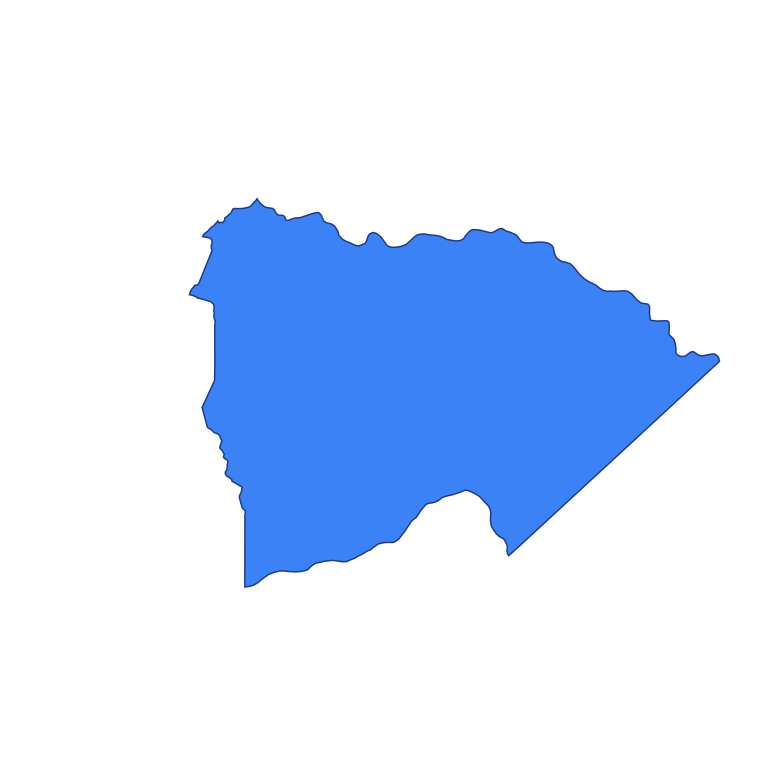 outline of Remanso, Bahia, Brazil, rotated 42°
{"feature_id": "56859067B23301273504711", "entity_name": "Remanso", "entity_type": "district", "adm_level": 2, "iso_a3": "BRA", "parent_name": "Brazil", "parent_adm1": "Bahia", "projection": "robinson", "projection_center": [-42.307, -9.633], "detail": "fine", "context": "isolated", "style": "filled", "palette": "blue", "viewbox_px": 768, "rotation_deg": 42, "n_neighbors": 0, "source": "geoboundaries", "source_scale": "gbopen_adm2", "svg_char_len": 4802}
<svg xmlns="http://www.w3.org/2000/svg" viewBox="0 0 768 768"><g transform="rotate(42 384 384)"><path d="M416.6,168.8L414.2,168.9L412.2,169.4L410.1,170.3L407.2,172.3L404.3,174.7L399.2,180.2L397.6,181.9L393.8,185.2L391.0,186.2L385.6,185.3L384.0,184.9L381.8,185.0L377.3,186.4L372.1,188.7L369.6,189.1L367.7,189.4L365.7,192.0L363.8,197.6L362.7,199.6L360.6,201.1L352.8,205.2L349.6,207.4L346.8,209.8L345.8,211.4L345.3,214.8L345.4,219.7L346.0,222.9L344.4,226.9L341.4,229.8L334.4,234.3L328.1,236.1L323.1,238.9L316.8,243.6L315.0,244.5L312.4,246.5L310.1,249.2L309.1,250.7L308.2,253.8L307.2,265.2L306.4,267.0L304.5,270.4L303.3,272.1L300.5,275.3L298.6,276.9L296.2,278.4L293.8,279.0L284.1,276.9L280.9,276.9L277.7,277.1L274.5,278.7L273.1,281.7L273.1,283.6L273.7,285.9L275.5,289.9L275.9,292.3L274.5,294.8L273.4,297.5L272.0,299.1L268.1,300.8L264.5,301.7L260.3,303.4L258.6,303.7L256.3,304.2L253.3,304.0L250.7,303.6L247.2,301.2L241.7,299.7L238.6,300.0L235.6,301.4L233.6,302.6L230.2,303.3L224.4,300.5L221.4,300.3L219.8,301.0L218.2,303.1L216.5,305.6L212.4,312.9L210.4,316.5L206.4,320.7L204.1,324.9L203.5,326.5L201.8,327.8L197.9,326.1L196.0,326.4L192.3,329.3L188.7,329.1L185.8,327.9L183.9,328.0L177.7,332.0L174.1,332.4L170.9,332.5L165.7,331.3L166.0,333.6L165.8,335.9L165.8,338.1L166.0,340.4L165.3,342.9L163.8,345.1L162.3,347.1L160.7,348.9L159.4,350.2L157.8,351.7L155.8,353.2L154.6,355.1L155.3,357.4L155.9,359.4L155.4,362.3L155.2,364.6L154.6,367.1L156.0,369.2L156.2,372.0L154.5,373.1L153.4,374.6L151.5,374.0L151.5,376.3L151.5,378.1L151.7,380.3L150.8,382.6L150.7,385.8L150.8,388.4L150.1,391.2L150.0,393.7L150.6,395.9L152.9,394.4L155.3,393.0L157.0,391.9L159.3,392.1L161.3,393.4L162.5,395.4L163.3,397.3L164.7,398.4L167.0,400.0L179.0,432.8L179.1,435.6L177.3,437.1L177.6,439.3L177.6,441.9L178.2,444.8L179.7,447.8L181.6,446.7L183.5,445.7L185.1,445.4L186.8,444.7L188.3,444.8L190.2,443.4L192.3,442.7L193.8,441.6L196.3,440.7L198.4,439.5L199.9,438.9L201.7,438.7L203.5,438.6L205.1,439.5L206.8,441.1L208.5,443.5L210.8,445.3L212.4,447.7L214.4,449.1L216.1,450.1L217.7,451.6L218.9,453.5L245.8,483.3L255.7,494.7L256.5,497.4L264.6,523.2L281.7,534.3L283.8,534.1L286.4,533.5L288.6,533.7L290.5,533.7L292.3,532.9L294.2,532.1L297.2,532.7L299.4,534.0L301.5,534.6L302.9,538.0L304.0,540.5L305.6,541.7L308.5,541.7L310.5,542.6L312.2,542.8L312.9,544.4L313.7,545.9L315.7,546.0L318.1,545.3L320.1,546.3L321.5,548.9L323.6,551.2L324.7,553.2L325.0,555.7L326.7,557.2L328.8,557.7L330.9,557.0L332.7,557.0L334.5,556.8L336.2,558.0L347.6,555.5L349.0,557.8L350.1,559.6L350.8,561.7L351.5,564.0L353.3,565.8L355.4,566.9L356.6,568.0L358.9,569.2L360.6,570.4L362.5,571.1L364.5,570.8L366.3,571.6L367.6,573.3L368.8,575.1L370.8,577.2L416.4,628.0L418.3,625.8L419.5,624.2L420.9,622.0L421.8,620.5L423.2,615.9L423.8,611.4L424.7,607.0L425.2,604.9L425.6,602.9L428.1,598.0L431.0,593.4L432.6,591.8L435.2,589.5L437.3,588.1L440.4,585.7L444.0,582.8L445.7,581.0L448.4,578.1L451.2,573.9L451.6,572.0L451.7,569.9L452.2,566.2L453.1,563.1L454.3,561.2L456.9,557.9L458.2,555.7L463.9,549.4L468.2,546.4L471.9,544.0L474.7,541.4L475.6,539.7L476.8,537.0L477.9,534.9L479.0,532.5L480.0,529.1L481.6,525.3L482.3,523.1L483.3,519.6L485.0,516.0L485.2,513.5L485.9,510.6L486.4,508.0L487.6,505.3L491.0,500.9L493.1,499.0L495.3,497.0L496.9,495.5L497.7,493.9L498.2,491.8L498.7,489.2L498.6,487.4L498.4,484.7L498.0,479.2L497.6,476.8L497.2,474.3L496.8,471.8L496.3,468.4L496.4,465.7L497.2,461.6L496.7,457.5L496.0,453.6L495.9,450.1L495.8,448.1L495.8,445.4L496.9,442.8L499.4,440.0L500.5,438.4L501.9,435.6L502.9,431.8L503.1,429.6L504.4,427.3L505.8,424.9L507.4,422.7L508.7,420.9L512.2,415.0L513.7,412.0L515.1,409.0L517.0,407.1L519.2,406.4L524.3,404.8L528.3,404.0L530.3,403.7L533.5,403.9L537.1,404.3L539.7,404.5L543.4,404.8L546.8,406.1L549.8,408.5L551.3,410.4L552.8,412.4L555.4,415.1L559.1,417.8L562.0,418.9L568.0,420.2L571.8,420.2L576.0,419.1L577.7,419.3L580.8,420.3L583.9,421.8L585.8,424.0L587.1,425.8L589.4,427.5L591.6,428.1L593.2,412.1L594.5,398.1L607.2,261.9L611.4,216.3L615.7,169.1L618.0,144.4L618.0,142.5L615.3,140.7L612.5,140.0L609.5,140.6L608.2,141.7L604.9,145.8L601.6,150.5L598.8,151.9L592.6,152.9L591.0,154.2L590.3,156.1L589.4,160.9L588.2,163.0L585.9,165.0L583.7,165.8L581.8,166.0L580.1,165.4L578.6,164.0L577.6,162.6L573.2,158.9L569.1,156.7L567.1,156.7L563.4,156.7L561.9,155.8L557.5,150.3L554.3,147.4L552.4,147.4L550.9,148.6L545.1,154.2L541.1,157.3L539.3,158.2L534.4,154.3L530.5,149.7L529.1,148.6L526.7,148.1L520.9,151.8L515.7,152.2L510.9,151.6L507.8,151.3L503.9,151.8L501.7,152.9L500.2,154.0L494.9,159.3L492.1,162.0L489.6,163.8L487.8,165.9L484.9,167.5L480.6,168.5L475.9,168.7L473.5,169.3L466.4,171.2L462.3,171.8L456.3,171.7L446.1,170.1L442.0,170.0L438.6,171.4L434.0,174.0L431.1,174.6L427.4,174.7L424.6,173.6L420.0,170.6L418.7,169.4L416.6,168.8Z" fill="#3b82f6" stroke="#1e3a8a" stroke-width="1.5"/></g></svg>